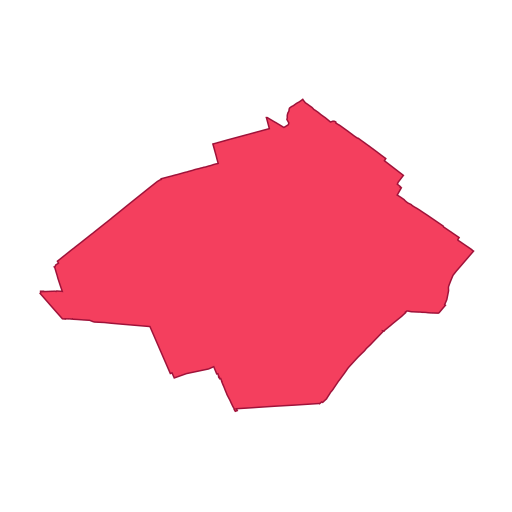 Zoetermeer, Zuid-Holland, Netherlands (orthographic projection), rotated 357°
{"feature_id": "6326949B3936656159813", "entity_name": "Zoetermeer", "entity_type": "district", "adm_level": 2, "iso_a3": "NLD", "parent_name": "Netherlands", "parent_adm1": "Zuid-Holland", "projection": "orthographic", "projection_center": [4.49, 52.062], "detail": "fine", "context": "isolated", "style": "filled", "palette": "rose", "viewbox_px": 512, "rotation_deg": 357, "n_neighbors": 0, "source": "geoboundaries", "source_scale": "gbopen_adm2", "svg_char_len": 5751}
<svg xmlns="http://www.w3.org/2000/svg" viewBox="0 0 512 512"><g transform="rotate(357 256 256)"><path d="M390.7,165.5L386.0,161.6L380.3,156.8L375.7,153.0L367.0,146.0L365.9,145.1L364.8,144.2L364.4,143.8L363.8,143.8L362.2,142.7L360.5,141.4L355.7,137.4L355.0,136.8L347.7,130.9L346.0,129.6L345.9,129.5L345.7,129.5L342.7,127.4L342.8,126.5L342.2,126.0L340.9,125.4L340.5,125.4L340.1,125.6L339.7,125.4L337.4,126.1L334.9,123.8L332.4,121.5L331.6,120.9L328.2,118.2L325.6,115.8L323.8,114.4L323.2,113.9L322.9,113.7L322.2,113.2L321.8,113.0L321.6,112.8L321.0,112.2L320.6,111.6L320.1,111.1L319.9,110.8L319.7,110.6L318.6,109.7L316.3,107.9L315.5,107.2L314.0,106.1L313.6,105.8L313.1,105.4L312.7,104.7L312.3,104.2L311.4,102.9L310.9,102.0L308.2,103.8L307.9,104.0L307.6,104.1L307.2,104.4L306.3,104.8L305.7,105.1L304.8,105.5L304.3,105.8L303.8,106.1L302.9,106.7L302.4,107.0L301.7,107.5L301.4,107.7L301.2,107.8L300.4,108.2L300.1,108.3L299.7,108.5L299.3,108.6L299.0,108.8L298.6,109.1L297.4,109.9L297.3,110.0L297.2,110.1L297.1,110.3L296.9,110.8L296.7,111.5L296.6,112.3L296.5,112.6L296.4,113.0L296.1,113.6L295.3,114.8L295.3,115.0L295.2,115.3L294.9,115.9L294.8,116.5L294.7,116.7L294.6,117.1L294.5,117.9L294.5,118.1L294.5,118.8L294.5,119.1L294.5,119.4L294.4,119.7L294.3,120.3L294.0,121.1L294.0,121.3L294.2,121.7L294.3,121.9L294.7,122.7L295.0,123.3L295.5,124.4L295.6,124.5L295.7,124.8L295.6,125.0L295.6,125.3L295.4,126.0L295.2,126.4L295.1,126.5L294.8,126.8L293.2,127.7L290.6,129.1L283.2,124.1L282.7,123.7L282.2,123.5L278.9,121.3L275.6,119.1L275.2,118.8L274.6,118.4L274.4,118.4L274.1,118.3L273.6,118.3L273.7,118.6L276.0,129.5L253.2,134.4L233.6,138.6L218.8,141.9L219.3,144.1L221.5,154.1L222.0,156.7L223.1,161.6L222.1,161.8L220.6,162.0L219.7,162.2L218.7,162.4L218.2,162.5L217.0,162.9L216.5,163.0L215.7,163.3L215.3,163.3L215.0,163.4L214.6,163.5L213.7,163.6L212.6,163.9L211.3,164.2L210.4,164.5L210.1,164.5L209.9,164.6L208.7,164.6L207.2,165.0L206.7,165.1L206.1,165.2L205.3,165.3L205.1,165.4L204.7,165.5L203.8,165.7L202.8,165.9L202.7,165.9L201.5,166.1L199.9,166.4L199.4,166.5L198.0,166.9L197.4,167.1L196.9,167.2L195.5,167.5L193.5,167.9L193.1,168.0L192.7,168.1L192.1,168.3L191.9,168.4L190.4,168.6L188.8,168.9L185.4,169.7L182.3,170.4L181.4,170.6L180.4,170.8L180.0,170.8L179.7,170.9L178.6,171.1L176.1,171.7L175.7,171.8L174.5,172.0L165.3,173.9L165.4,174.6L164.1,175.0L161.4,176.4L152.5,182.7L129.7,199.1L121.2,205.3L117.2,208.2L114.4,210.2L113.7,210.8L109.8,213.6L108.7,214.4L107.8,215.0L98.4,221.7L93.5,225.2L90.9,227.0L89.4,228.1L80.2,234.6L71.6,240.6L57.4,250.8L58.1,252.1L58.3,252.9L55.5,254.5L55.4,254.7L55.4,254.8L55.3,255.1L55.2,255.3L55.1,255.5L54.8,255.8L54.7,256.0L54.3,256.3L54.0,256.4L54.1,256.5L54.3,256.7L54.3,256.8L54.6,257.5L55.5,261.4L56.4,265.0L57.0,267.9L59.4,276.7L60.2,279.4L60.7,281.2L60.2,281.1L57.4,280.8L55.1,280.5L54.5,281.0L53.6,280.6L40.8,280.4L41.2,280.0L39.0,279.9L38.9,281.8L38.5,282.1L49.0,295.5L52.0,299.3L59.4,308.6L62.3,309.0L62.3,308.7L65.5,309.0L65.6,308.9L68.9,309.4L69.3,309.1L69.5,309.2L69.9,309.6L71.3,309.7L73.1,309.9L74.0,310.0L77.2,310.4L78.1,310.5L80.3,310.8L86.5,311.5L90.0,313.1L90.7,313.3L91.4,313.5L101.2,314.5L108.1,315.6L121.7,317.5L146.4,320.9L164.3,368.9L166.0,368.3L168.0,373.5L180.4,369.8L202.8,366.3L208.0,364.3L210.6,371.7L211.7,371.5L212.0,372.7L212.5,374.3L212.5,374.7L212.3,374.8L212.5,375.4L213.0,375.2L213.3,376.3L213.5,376.8L214.3,376.5L215.0,378.5L215.1,378.9L215.3,379.3L215.4,379.6L215.2,379.7L216.4,383.2L216.5,383.2L217.0,384.7L217.2,385.3L217.6,386.4L218.0,387.7L218.9,390.3L219.5,391.9L219.7,392.7L221.5,396.7L221.9,397.5L222.6,399.1L223.5,401.5L224.0,402.6L224.9,404.8L225.5,406.0L226.5,408.0L226.2,408.2L227.2,410.0L229.2,409.4L228.3,407.5L245.7,407.3L250.9,407.2L267.2,407.0L287.6,406.9L311.7,406.6L311.8,406.8L313.9,405.2L314.9,405.7L315.5,405.2L318.5,402.7L318.8,402.5L319.0,402.3L319.1,402.1L320.4,400.2L321.8,398.3L322.9,396.7L323.3,396.1L323.6,395.7L324.0,395.4L324.9,394.4L325.6,393.6L326.1,393.0L326.8,392.0L330.8,386.7L331.6,385.6L333.0,384.0L334.5,382.2L335.6,380.8L338.2,377.7L339.1,376.5L340.0,375.4L341.7,373.1L342.0,372.8L342.9,371.8L343.4,371.3L344.1,370.6L350.4,364.4L352.9,362.0L356.8,358.6L358.2,357.4L358.9,356.8L359.2,356.5L359.7,356.0L360.5,355.1L361.0,354.5L361.6,353.9L365.9,350.3L366.5,349.7L370.4,346.0L377.7,339.2L378.6,338.3L378.9,338.0L379.0,337.9L379.5,337.8L379.2,337.5L379.7,337.6L382.1,335.8L383.9,334.5L384.9,333.7L386.5,332.6L388.4,331.1L390.0,329.9L398.4,323.8L400.5,322.0L402.5,320.4L402.2,319.9L402.8,319.5L403.3,319.2L403.5,319.0L403.9,318.9L404.2,318.9L404.4,318.9L404.6,318.9L404.8,318.9L405.2,319.0L407.4,319.6L407.9,319.7L408.3,319.8L410.6,320.0L411.5,320.1L413.5,320.3L415.5,320.5L417.2,320.6L417.8,320.7L418.3,320.8L418.8,320.9L420.3,321.0L422.5,321.2L424.6,321.6L427.8,322.0L432.7,322.4L434.9,322.6L435.1,322.6L435.6,322.4L435.8,322.2L436.0,322.1L440.3,317.5L442.6,315.1L441.8,314.5L444.2,309.7L444.4,309.0L445.5,304.7L446.4,301.1L446.5,300.5L446.5,298.0L446.6,297.1L446.7,296.8L446.8,296.3L447.3,295.2L447.6,294.4L448.9,291.5L451.7,285.6L451.8,285.5L455.3,281.5L460.9,275.7L468.8,267.4L473.5,262.5L472.1,261.5L472.0,261.1L458.5,250.8L458.3,250.3L459.8,248.2L446.0,237.7L444.9,236.9L444.5,235.9L429.6,224.5L428.4,223.6L428.1,223.4L427.0,222.6L424.7,220.9L421.8,218.7L420.4,217.7L420.1,217.5L419.1,216.8L417.5,215.8L417.1,215.6L415.5,214.4L415.3,214.3L415.1,214.2L414.9,214.1L414.8,213.9L414.6,213.8L413.8,212.9L413.7,212.8L413.5,212.7L413.4,212.6L411.2,211.4L410.6,211.1L410.0,210.6L409.6,210.3L409.0,209.8L408.4,209.2L408.2,209.0L407.9,208.7L407.6,208.4L407.2,207.9L407.1,207.7L406.9,207.5L403.7,205.0L400.2,202.5L404.7,195.5L403.6,194.8L403.9,194.4L400.9,191.7L401.8,189.8L407.4,183.2L389.2,167.6L390.7,165.5Z" fill="#f43f5e" stroke="#9f1239" stroke-width="1.5"/></g></svg>